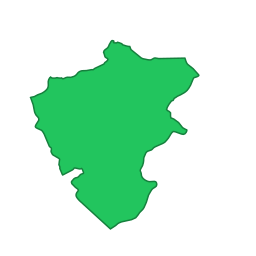 map outline of Nana-Mambéré (Natural Earth projection), rotated 68°
{"feature_id": "CAF-804", "entity_name": "Nana-Mambéré", "entity_type": "Prefecture", "adm_level": 1, "iso_a3": "CAF", "parent_name": "Central African Republic", "parent_adm1": "", "projection": "natural_earth1", "projection_center": [15.312, 5.849], "detail": "fine", "context": "isolated", "style": "filled", "palette": "green", "viewbox_px": 256, "rotation_deg": 68, "n_neighbors": 0, "source": "natural_earth", "source_scale": "10m", "svg_char_len": 3411}
<svg xmlns="http://www.w3.org/2000/svg" viewBox="0 0 256 256"><g transform="rotate(68 128 128)"><path d="M56.4,95.9L68.0,89.5L69.3,88.3L72.3,83.8L73.2,82.0L73.4,81.0L73.3,80.0L73.0,77.7L73.2,76.7L75.2,73.4L84.5,49.1L85.8,49.1L87.7,49.3L90.0,49.2L90.8,49.0L91.6,48.7L97.4,45.4L105.1,42.6L105.7,42.6L106.1,43.1L106.3,44.2L106.3,45.3L106.1,47.6L106.2,48.3L107.0,49.3L111.7,53.9L113.9,56.8L115.3,59.2L115.9,60.9L116.3,62.4L116.9,66.8L117.0,69.2L117.1,70.2L117.2,71.0L117.6,72.4L117.7,73.5L117.8,74.0L118.2,74.5L119.0,75.4L119.3,75.9L119.3,76.5L119.2,77.1L119.3,77.7L121.4,81.2L123.5,83.8L125.3,85.3L126.7,84.8L128.1,83.6L129.9,82.9L132.4,83.9L133.2,84.2L134.8,84.4L135.8,83.2L137.1,82.0L142.1,79.0L148.0,77.3L148.9,76.7L150.5,75.4L150.9,75.1L151.2,74.8L151.5,74.4L151.9,74.2L152.6,74.5L153.8,75.7L154.7,77.5L154.6,79.1L153.6,80.7L149.3,85.5L148.6,86.6L148.2,87.5L148.6,88.8L149.7,90.6L152.4,94.2L153.9,96.9L155.0,99.3L155.3,101.4L155.6,109.8L155.9,111.6L156.9,113.8L157.1,114.6L156.9,118.4L157.2,119.8L157.9,120.9L161.3,124.3L162.3,124.9L164.1,125.7L166.0,126.8L168.3,128.6L170.8,131.7L171.7,132.4L172.3,132.7L174.2,132.7L175.5,132.9L177.4,133.4L179.0,133.3L180.7,132.8L182.3,131.9L183.7,130.8L184.9,129.6L185.8,128.2L187.4,123.5L188.1,122.6L188.9,122.2L190.1,122.2L191.4,122.6L192.5,123.6L193.1,125.5L193.3,127.1L193.9,128.8L195.3,130.8L197.9,134.1L203.7,138.8L207.7,142.9L208.9,144.6L210.8,149.0L212.5,151.5L214.1,154.5L214.3,159.1L212.6,169.2L212.6,171.5L212.8,173.2L213.8,176.0L215.0,182.1L177.0,200.3L174.4,201.2L172.3,201.6L170.7,201.3L169.5,200.5L168.7,199.6L167.7,198.0L167.2,197.5L166.4,197.3L165.6,197.6L163.3,199.0L158.7,200.9L157.3,200.8L156.4,200.3L154.9,197.3L154.7,196.6L154.6,195.8L154.6,195.3L154.7,194.6L154.8,194.1L154.9,193.5L154.8,192.8L154.5,191.9L153.5,189.8L153.3,189.0L153.3,188.2L153.4,186.4L152.9,186.0L152.0,185.9L149.5,185.8L148.6,186.0L148.1,186.3L148.2,186.8L148.1,187.4L147.8,188.3L145.6,191.5L145.2,192.2L145.0,192.8L145.3,193.4L145.6,193.9L145.9,194.7L146.1,195.6L147.1,206.1L146.6,206.3L140.4,206.4L139.8,206.3L139.0,205.9L138.5,205.8L137.9,205.7L136.2,205.8L132.9,204.0L131.8,203.3L131.4,203.1L130.9,203.2L130.1,203.6L125.1,207.5L124.3,207.9L123.9,208.0L121.5,208.2L120.9,208.1L120.5,207.9L118.7,206.8L117.7,206.7L117.2,206.9L116.7,207.3L115.4,207.8L102.1,208.0L100.1,208.3L97.9,208.9L94.4,212.2L93.1,213.2L92.4,213.4L91.8,213.3L91.4,213.0L90.4,212.0L87.5,208.0L87.4,207.9L86.3,207.4L85.3,207.2L84.4,207.4L81.6,208.4L79.9,208.6L78.2,208.6L70.9,207.2L64.3,206.9L63.2,206.9L63.2,206.5L63.8,203.1L63.4,199.4L63.5,194.7L63.1,192.5L62.5,190.4L61.6,188.4L60.3,186.9L58.6,185.9L55.1,184.6L53.4,183.4L52.1,181.7L51.8,180.6L52.5,180.4L53.4,179.4L54.1,177.8L54.6,176.1L54.7,174.9L55.1,174.5L55.9,173.1L56.6,171.5L56.7,170.8L57.7,170.3L58.1,169.2L58.0,166.5L58.3,165.0L59.5,162.3L59.7,161.3L59.9,158.5L59.7,157.3L59.2,155.8L58.0,153.6L57.6,152.3L57.5,150.7L57.7,149.2L59.2,145.0L60.3,139.8L60.9,138.5L60.3,136.5L59.7,126.5L58.6,124.8L58.2,122.9L57.1,121.0L56.1,120.9L53.9,122.5L52.7,122.6L50.1,122.3L48.7,122.3L47.4,121.2L46.8,119.8L46.4,118.1L45.9,116.6L44.7,115.1L43.5,114.0L42.6,112.7L41.9,112.0L41.2,110.8L41.0,110.1L41.3,109.4L41.9,108.7L42.3,108.6L43.1,109.3L43.5,109.3L43.9,108.9L44.2,108.1L44.4,107.7L44.8,106.8L44.7,106.3L44.7,105.8L44.6,105.5L45.6,104.3L47.5,102.2L48.8,101.8L51.1,99.1L52.3,97.4L53.1,95.8L56.4,95.9Z" fill="#22c55e" stroke="#15803d" stroke-width="1.5"/></g></svg>